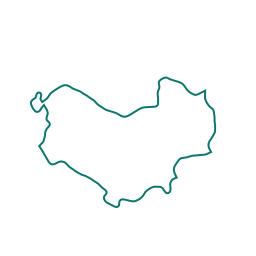 the district of Las Matas de Santa Cruz, Monte Cristi, Dominican Republic, rotated 239°
{"feature_id": "3306468B23054065948148", "entity_name": "Las Matas de Santa Cruz", "entity_type": "district", "adm_level": 2, "iso_a3": "DOM", "parent_name": "Dominican Republic", "parent_adm1": "Monte Cristi", "projection": "orthographic", "projection_center": [-71.454, 19.622], "detail": "fine", "context": "isolated", "style": "outline", "palette": "teal", "viewbox_px": 256, "rotation_deg": 239, "n_neighbors": 0, "source": "geoboundaries", "source_scale": "gbopen_adm2", "svg_char_len": 3240}
<svg xmlns="http://www.w3.org/2000/svg" viewBox="0 0 256 256"><g transform="rotate(239 128 128)"><path d="M64.6,186.8L68.2,187.1L69.8,187.3L71.4,187.9L72.7,188.7L73.8,189.8L74.7,191.0L76.3,194.6L78.9,199.2L79.7,200.3L80.9,201.2L85.3,204.0L89.0,205.6L93.0,207.9L97.9,210.0L99.2,210.4L99.8,210.5L101.1,210.2L104.4,209.0L106.0,208.7L109.4,208.6L111.9,208.8L113.6,209.3L114.3,209.6L120.3,213.4L120.7,207.0L121.0,204.6L121.5,203.1L121.9,202.5L122.4,202.0L123.6,201.1L126.1,199.7L128.2,198.8L130.6,198.3L134.8,198.0L136.4,197.8L138.1,197.3L138.9,196.9L141.1,195.4L147.8,189.4L151.0,187.3L151.5,186.7L151.9,186.1L152.4,184.7L152.6,183.1L152.5,180.8L152.2,179.3L151.8,178.6L151.4,178.1L150.2,177.3L147.7,176.4L146.6,175.7L146.1,175.3L144.4,173.1L142.8,171.5L141.5,170.7L137.9,169.0L133.6,166.5L132.6,165.5L132.3,164.9L132.1,164.2L132.1,163.4L132.4,162.0L134.1,158.9L135.5,156.1L137.3,152.7L137.9,151.1L138.1,150.3L138.3,148.5L138.4,146.7L138.3,135.7L138.6,133.1L139.1,131.4L140.0,130.1L141.0,129.0L142.2,128.1L145.0,126.7L146.5,125.8L148.6,124.1L154.0,119.2L156.2,117.7L159.2,116.3L163.3,114.3L164.8,113.9L168.1,113.2L169.6,112.8L173.7,110.8L176.7,109.5L180.7,107.3L183.0,106.3L184.4,105.5L189.9,101.3L191.3,100.5L194.2,99.1L196.0,97.7L196.9,96.4L197.3,95.7L197.6,94.9L198.0,93.2L198.2,89.6L198.1,85.0L197.9,82.2L197.5,79.6L196.9,78.0L195.3,74.6L194.9,73.0L194.7,71.3L194.5,67.8L198.0,67.9L200.0,69.9L201.2,70.7L201.8,70.9L202.5,71.0L203.2,70.8L203.9,70.4L204.4,69.7L204.5,68.9L204.5,68.2L204.3,67.6L203.5,66.4L201.5,64.3L201.4,61.7L201.1,60.0L200.8,59.2L200.3,58.4L199.6,57.8L198.0,57.1L195.4,56.7L192.7,56.7L191.0,56.9L190.2,57.2L189.4,57.5L188.8,58.1L188.4,58.8L188.1,60.3L188.5,61.8L190.0,64.8L191.0,67.8L186.3,67.8L184.5,67.6L182.8,67.2L181.5,66.5L178.9,63.6L177.9,62.9L177.3,62.7L176.2,62.5L174.1,63.1L172.9,63.3L171.7,63.0L171.1,62.7L170.3,61.6L169.3,58.3L168.2,56.3L166.7,54.7L163.9,52.7L160.4,49.0L159.7,47.7L158.2,42.6L153.0,42.8L140.7,42.6L139.0,42.7L137.4,43.1L136.7,43.5L136.1,44.0L135.6,44.7L135.3,45.4L134.9,46.9L134.6,51.1L134.1,52.8L133.3,54.1L132.2,55.2L131.6,55.7L131.0,56.1L129.5,56.7L124.8,57.7L120.6,59.7L117.6,60.9L111.9,64.2L108.9,66.8L104.5,69.5L103.1,70.2L100.2,71.5L96.0,73.6L94.4,74.1L90.4,75.0L86.5,76.6L85.2,76.8L84.5,76.8L83.9,76.5L83.4,76.2L83.0,75.7L82.5,74.7L81.9,73.0L81.3,71.9L80.7,71.5L79.4,71.0L78.6,70.9L77.1,70.9L75.5,71.2L74.1,71.9L67.7,76.0L66.6,76.9L66.0,77.8L65.9,78.5L65.8,79.1L66.0,79.7L66.2,80.3L66.6,80.7L68.5,82.0L69.4,82.9L70.0,84.0L70.1,84.7L70.1,85.5L69.8,86.2L69.0,87.5L67.9,88.8L64.1,92.6L62.4,94.7L61.7,96.3L61.3,98.8L61.2,100.5L61.3,102.3L61.8,104.8L62.3,106.3L64.1,109.7L64.7,112.1L64.8,113.8L64.9,116.4L64.7,118.1L64.3,119.8L63.6,121.2L61.6,124.3L60.8,125.5L60.2,125.9L59.6,126.3L58.2,126.7L54.6,126.9L53.3,127.1L52.6,127.3L52.1,127.8L51.7,128.4L51.5,129.1L51.5,129.9L51.6,130.6L51.9,131.2L52.8,132.3L54.5,133.5L56.6,134.4L57.9,135.1L59.1,136.1L60.0,137.3L60.7,138.8L60.9,140.4L60.8,142.1L60.4,144.2L64.7,144.6L66.3,144.9L67.9,145.4L68.6,145.8L69.9,146.7L70.9,147.9L71.8,149.3L74.0,154.1L74.5,155.5L74.7,156.3L74.7,157.9L74.5,158.7L72.5,163.5L71.5,167.6L71.0,169.1L68.9,173.2L67.6,176.2L66.2,178.9L65.5,180.3L65.0,182.8L64.6,186.8Z" fill="none" stroke="#0f766e" stroke-width="2"/></g></svg>